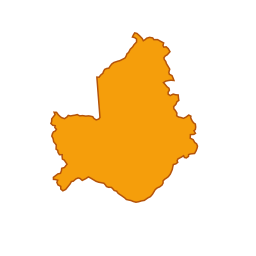 the district of Campos Verdes, Goiás, Brazil, rotated 37°
{"feature_id": "56859067B87172144866802", "entity_name": "Campos Verdes", "entity_type": "district", "adm_level": 2, "iso_a3": "BRA", "parent_name": "Brazil", "parent_adm1": "Goiás", "projection": "orthographic", "projection_center": [-49.665, -14.2], "detail": "fine", "context": "isolated", "style": "filled", "palette": "amber", "viewbox_px": 256, "rotation_deg": 37, "n_neighbors": 0, "source": "geoboundaries", "source_scale": "gbopen_adm2", "svg_char_len": 2753}
<svg xmlns="http://www.w3.org/2000/svg" viewBox="0 0 256 256"><g transform="rotate(37 128 128)"><path d="M168.7,81.1L167.8,84.3L166.5,86.9L163.8,87.8L161.8,88.8L159.5,88.9L158.1,86.7L155.2,85.5L153.1,85.1L151.6,83.4L152.0,80.4L151.3,77.5L152.0,75.4L150.2,73.6L148.2,71.4L146.0,72.8L143.7,73.7L142.2,76.7L139.7,76.8L138.5,75.3L138.3,72.9L136.8,71.6L134.3,71.6L131.5,70.9L129.0,70.4L130.0,67.8L131.7,65.8L133.5,64.0L136.1,62.4L133.9,61.0L131.6,59.7L128.7,60.2L127.1,59.0L125.9,55.9L123.0,54.7L120.0,53.5L118.0,52.1L115.8,51.5L114.4,50.3L114.4,48.0L115.3,45.9L115.6,41.8L112.4,40.4L109.6,40.2L107.9,41.9L106.2,41.0L105.3,38.6L102.2,39.1L98.5,39.6L95.4,41.9L93.5,41.2L90.7,42.6L88.9,45.0L88.4,47.4L87.7,49.1L85.5,48.0L81.8,47.4L78.2,47.1L76.1,48.0L76.3,50.3L76.8,52.7L79.0,51.8L81.3,51.8L83.1,54.2L82.7,57.7L82.9,60.4L82.4,63.7L82.7,65.4L83.0,67.5L82.5,69.2L83.3,72.0L83.5,73.9L82.7,75.6L80.9,79.2L79.7,80.7L77.3,84.2L76.5,86.7L76.5,89.2L76.7,91.8L75.3,93.1L74.1,95.2L74.4,97.5L75.0,99.4L74.3,102.4L74.4,104.8L72.5,106.1L99.3,136.5L99.2,138.6L97.7,140.7L95.1,140.9L93.0,140.2L91.4,140.9L89.4,141.9L87.0,144.0L84.3,145.4L82.1,147.4L79.4,147.8L77.9,149.7L76.3,151.3L74.9,152.9L72.7,153.9L72.6,156.0L71.7,158.7L68.7,159.7L66.9,159.7L64.4,159.4L61.5,158.5L59.5,159.9L61.7,161.2L61.6,164.0L61.6,166.6L63.2,169.0L63.7,170.8L66.4,171.1L68.4,170.0L69.3,171.7L71.6,172.1L71.7,174.2L70.8,176.0L71.1,178.1L72.0,180.3L74.5,181.5L76.9,183.7L80.9,184.7L83.3,188.2L85.3,188.1L86.8,189.6L89.3,190.6L91.5,188.9L92.5,190.4L94.3,192.3L96.5,192.0L98.5,192.7L101.1,193.6L101.0,197.8L99.3,200.1L100.6,202.3L101.3,204.9L99.6,206.9L98.9,209.5L98.1,212.3L99.4,213.9L101.1,212.8L103.3,212.0L103.9,214.2L106.3,215.6L109.4,215.1L111.0,217.2L113.8,217.4L115.2,214.6L115.3,211.2L115.4,207.7L115.0,204.8L116.3,203.4L117.0,200.1L118.2,197.9L119.9,197.2L123.0,197.4L124.8,193.8L125.8,190.9L128.1,190.5L134.6,189.8L137.1,189.0L142.0,186.6L144.4,187.1L146.0,187.7L148.1,187.1L150.3,185.5L152.0,185.6L154.5,186.2L157.0,185.3L158.9,186.0L160.8,186.1L163.3,185.9L167.4,185.8L169.7,186.1L171.9,185.1L174.1,184.1L176.5,183.5L179.0,182.5L180.8,180.6L182.7,178.0L184.6,176.0L186.0,171.7L187.2,169.3L187.4,166.2L186.8,160.8L187.5,158.0L188.7,156.0L189.5,153.1L189.1,150.8L187.8,149.1L188.1,146.9L188.9,144.7L189.5,142.6L189.5,139.4L189.0,137.2L188.3,134.4L187.1,132.0L186.2,129.9L187.8,127.8L188.4,125.5L186.9,124.6L186.5,122.6L188.2,119.0L189.1,116.7L190.8,117.6L192.6,116.8L193.4,114.3L192.4,112.8L193.5,111.1L196.5,108.3L196.1,105.2L195.2,102.3L194.4,100.6L192.3,99.4L190.0,99.4L187.0,98.1L183.8,98.7L181.8,95.7L184.4,93.5L185.1,91.7L182.3,90.5L182.7,88.7L181.5,86.5L179.4,84.3L177.2,84.4L174.9,83.7L172.0,82.2L171.1,80.7L168.7,81.1Z" fill="#f59e0b" stroke="#b45309" stroke-width="1.5"/></g></svg>